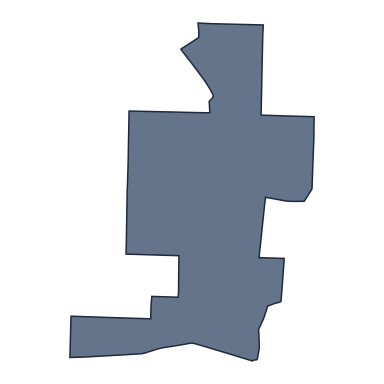 Curcani, Calarasi, Romania
{"feature_id": "2599482B18753621764646", "entity_name": "Curcani", "entity_type": "district", "adm_level": 2, "iso_a3": "ROU", "parent_name": "Romania", "parent_adm1": "Calarasi", "projection": "mercator", "projection_center": [26.714, 44.275], "detail": "fine", "context": "isolated", "style": "filled", "palette": "slate", "viewbox_px": 384, "rotation_deg": 0, "n_neighbors": 0, "source": "geoboundaries", "source_scale": "gbopen_adm2", "svg_char_len": 2844}
<svg xmlns="http://www.w3.org/2000/svg" viewBox="0 0 384 384"><path d="M69.9,357.5L85.3,357.0L104.8,355.9L111.9,355.5L119.0,355.1L138.8,353.9L141.6,353.7L142.9,353.5L145.6,352.8L155.3,349.7L158.4,348.8L160.6,348.2L166.2,347.2L176.8,345.6L190.6,343.2L192.2,343.1L193.2,343.3L195.8,343.9L203.3,346.1L228.0,353.5L239.4,357.0L252.6,361.0L253.0,360.4L253.9,360.0L254.9,360.0L255.2,360.0L256.3,359.9L256.6,359.7L256.8,359.6L257.2,359.1L257.4,358.6L257.6,357.5L257.9,356.0L258.6,352.1L259.0,349.8L259.2,348.2L259.3,347.0L259.3,345.4L259.2,342.8L259.0,337.7L258.9,334.9L258.7,331.8L258.5,330.5L258.6,329.8L258.7,329.3L258.9,328.7L259.9,326.6L263.3,319.3L264.5,316.1L264.8,315.0L266.2,310.9L266.7,309.1L267.1,308.0L267.3,306.9L267.3,306.6L267.4,306.3L267.6,306.2L267.8,305.9L269.3,305.5L271.9,304.5L274.1,303.7L274.8,303.4L275.4,303.2L277.0,302.9L278.3,302.6L279.2,302.3L280.8,301.6L281.0,301.5L281.4,297.1L281.4,296.2L281.5,295.3L281.6,294.4L281.6,293.5L281.7,292.6L281.8,292.2L281.8,291.8L281.9,290.9L281.9,290.0L282.0,289.1L282.0,288.3L282.1,287.4L282.2,286.5L282.2,285.6L282.3,284.8L282.4,283.9L282.4,283.0L282.5,282.1L282.6,281.3L282.6,280.4L282.7,279.5L282.8,278.6L282.8,277.8L282.9,276.9L282.9,276.0L283.0,275.2L283.1,274.3L283.1,273.4L283.2,272.5L283.3,271.7L283.3,270.8L283.4,269.9L283.5,269.0L283.5,268.2L283.6,267.3L283.7,266.4L283.7,265.5L283.8,264.7L283.9,263.8L283.9,262.9L284.0,262.0L284.0,261.1L284.1,260.2L284.2,259.3L284.2,258.4L283.3,258.4L282.4,258.3L281.5,258.3L280.6,258.3L279.7,258.3L278.7,258.2L277.8,258.2L276.9,258.2L276.0,258.2L275.2,258.1L274.3,258.1L273.4,258.1L272.5,258.0L271.6,258.0L270.7,258.0L269.8,258.0L268.9,257.9L268.0,257.9L267.2,257.9L266.3,257.9L265.4,257.8L264.5,257.8L263.6,257.8L262.7,257.8L261.8,257.7L260.9,257.7L260.0,257.7L259.2,257.7L259.4,253.9L260.4,244.8L260.6,243.2L261.6,233.5L262.1,228.4L263.8,212.6L264.6,205.0L265.5,197.3L286.5,201.1L292.7,201.4L304.2,201.3L310.8,190.9L312.0,188.9L312.8,166.3L313.5,148.1L313.9,137.9L314.0,123.5L314.1,119.9L314.1,116.7L278.2,115.7L261.1,115.1L262.4,51.9L262.8,34.5L263.2,26.7L263.2,24.9L262.9,24.9L261.0,24.9L237.5,24.3L211.7,23.7L207.6,23.5L201.8,23.2L198.0,23.0L198.1,24.1L198.4,27.0L198.8,30.7L198.7,37.2L198.3,37.8L195.4,39.7L181.0,49.0L180.9,49.3L182.3,51.2L188.3,59.0L190.7,62.0L204.2,80.0L209.0,87.4L210.7,90.4L213.1,94.8L213.1,95.8L213.0,96.7L212.6,97.8L211.2,99.3L209.6,100.8L209.2,101.3L209.1,101.7L209.3,103.2L209.8,112.8L192.9,112.5L172.9,112.0L141.1,111.3L129.1,111.0L129.0,111.5L129.0,112.9L129.0,115.1L128.8,126.3L128.3,151.9L128.2,159.8L127.9,171.0L127.8,173.0L127.5,183.6L127.2,189.6L126.3,243.5L126.0,254.1L178.9,255.7L178.5,293.1L178.4,293.6L178.4,293.8L178.2,296.6L178.2,297.2L164.9,296.8L151.8,296.4L151.0,306.2L150.7,318.8L131.3,318.2L97.7,317.1L92.3,316.9L71.0,316.2L69.9,357.5Z" fill="#64748b" stroke="#1e293b" stroke-width="1.5"/></svg>